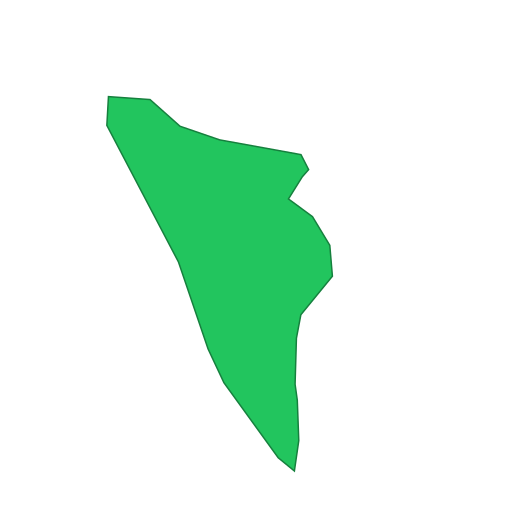 an SVG outline of Eua, rotated 153°
{"feature_id": "TON-4949", "entity_name": "Eua", "entity_type": "state/province", "adm_level": 1, "iso_a3": "TON", "parent_name": "Tonga", "parent_adm1": "", "projection": "albers", "projection_center": [-174.943, -21.369], "detail": "fine", "context": "isolated", "style": "filled", "palette": "green", "viewbox_px": 512, "rotation_deg": 153, "n_neighbors": 0, "source": "natural_earth", "source_scale": "10m", "svg_char_len": 443}
<svg xmlns="http://www.w3.org/2000/svg" viewBox="0 0 512 512"><g transform="rotate(153 256 256)"><path d="M327.8,66.1L342.1,157.6L340.9,194.9L327.8,285.9L329.6,440.1L315.1,465.0L279.4,443.5L264.8,406.1L235.7,376.0L169.9,325.9L169.9,309.1L178.9,305.5L201.2,292.1L187.8,265.4L185.4,232.0L197.1,203.3L242.7,183.3L257.3,164.4L279.4,124.0L284.7,108.7L301.7,72.1L319.4,47.0L327.8,66.1Z" fill="#22c55e" stroke="#15803d" stroke-width="1.5"/></g></svg>